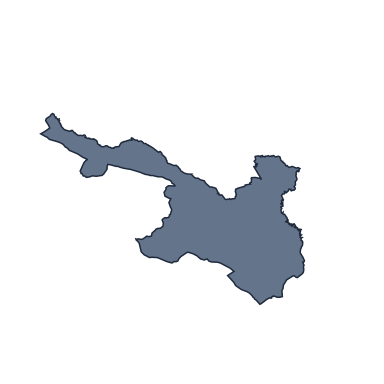 Sumbawanga, Rukwa, United Republic of Tanzania, rotated 332°
{"feature_id": "72390352B27717411944051", "entity_name": "Sumbawanga", "entity_type": "district", "adm_level": 2, "iso_a3": "TZA", "parent_name": "United Republic of Tanzania", "parent_adm1": "Rukwa", "projection": "mercator", "projection_center": [31.975, -8.085], "detail": "fine", "context": "isolated", "style": "filled", "palette": "slate", "viewbox_px": 384, "rotation_deg": 332, "n_neighbors": 0, "source": "geoboundaries", "source_scale": "gbopen_adm2", "svg_char_len": 6094}
<svg xmlns="http://www.w3.org/2000/svg" viewBox="0 0 384 384"><g transform="rotate(332 192 192)"><path d="M85.7,69.6L88.9,74.6L89.6,75.1L90.8,78.6L96.5,84.1L98.8,86.6L100.6,89.4L101.3,92.9L102.5,94.6L103.3,97.7L108.9,104.6L111.9,110.1L114.7,113.7L114.7,114.3L113.6,114.2L110.5,115.3L103.1,121.0L103.1,122.5L102.7,123.5L103.5,123.9L103.5,126.8L104.7,127.5L105.6,129.5L109.1,130.7L111.5,130.9L114.9,133.2L120.4,135.1L122.4,134.7L127.3,132.2L128.2,131.3L128.7,130.0L130.6,128.1L132.9,129.8L137.1,133.8L138.7,134.6L139.8,136.1L143.0,139.1L148.6,143.4L155.3,150.1L159.1,154.6L161.0,155.9L162.8,157.8L165.0,159.0L169.0,162.5L172.9,164.8L175.0,168.0L178.0,171.2L178.7,173.2L178.5,174.9L179.6,176.5L179.9,178.5L178.8,178.2L174.5,175.6L173.0,175.5L171.1,176.0L171.2,176.3L169.7,177.9L167.2,179.1L166.2,183.1L169.2,187.2L170.1,187.9L166.6,190.6L165.9,195.2L165.9,197.6L165.6,198.3L162.5,201.5L161.3,201.6L160.7,202.7L159.4,203.4L157.6,202.9L155.8,201.9L152.9,202.3L152.5,202.7L152.1,205.9L150.4,208.5L147.0,209.2L145.1,208.2L142.8,207.9L141.4,208.6L137.4,209.5L135.5,211.9L132.4,210.9L131.5,209.8L130.8,209.7L129.0,210.2L125.5,210.4L122.3,208.0L120.8,207.7L120.4,207.2L120.2,208.2L121.0,210.2L121.3,212.6L119.1,220.9L120.3,225.0L123.7,229.9L126.1,230.9L130.7,233.7L137.2,241.7L141.0,245.3L143.6,245.0L144.9,245.9L146.9,246.3L149.3,244.7L151.8,243.8L159.5,243.0L161.1,244.1L163.9,247.0L166.4,250.6L168.1,255.1L170.9,257.8L173.9,258.2L174.5,260.9L176.3,262.9L181.2,265.7L183.6,267.9L189.8,277.0L191.8,281.8L184.2,282.5L186.5,291.4L186.6,295.1L189.8,301.3L194.0,306.1L195.2,308.2L196.3,311.3L196.5,313.5L197.1,314.6L197.0,315.9L197.9,317.6L199.2,323.0L200.5,323.1L207.0,322.0L209.9,321.8L210.9,322.0L211.8,322.8L212.5,323.0L213.3,322.0L214.5,322.0L214.8,322.4L215.3,322.2L216.5,323.3L217.5,324.7L220.0,326.1L222.7,326.8L225.0,321.4L227.2,319.8L228.9,317.2L234.4,314.0L242.1,313.5L243.1,314.3L243.8,316.1L244.8,317.0L250.9,316.0L252.6,315.2L254.3,313.0L255.4,310.1L256.6,309.2L256.6,307.4L257.0,306.7L256.9,305.9L258.3,306.2L259.0,305.5L259.3,301.9L259.0,296.3L261.1,293.4L262.3,292.6L263.0,291.7L264.1,291.3L265.4,289.8L265.5,289.0L266.2,288.5L266.4,287.0L265.6,286.0L266.5,284.2L267.8,283.9L267.1,283.4L266.6,283.7L266.2,282.8L266.9,281.7L268.2,281.4L267.7,281.1L267.1,281.3L266.9,280.4L268.0,280.1L267.5,279.4L267.7,278.8L268.4,278.7L270.1,276.7L270.8,276.4L270.6,276.0L269.7,275.9L268.5,276.6L268.1,276.4L267.9,275.7L268.8,274.9L267.8,274.4L267.7,274.0L268.3,273.3L267.8,272.3L266.7,272.2L265.9,271.2L266.3,271.1L267.1,271.7L267.4,271.3L267.5,269.5L266.9,268.7L267.2,268.1L265.9,267.8L265.2,269.2L264.2,269.1L264.3,268.6L264.8,268.7L264.8,266.9L263.7,266.3L263.2,267.1L262.5,266.2L262.6,265.6L263.2,265.2L262.1,263.7L263.1,263.0L263.3,262.5L261.9,263.2L261.0,262.7L261.0,262.2L262.0,262.4L263.4,260.9L263.8,258.8L263.2,257.6L263.5,257.0L263.3,255.2L262.5,254.9L262.1,254.1L262.9,252.7L261.8,253.1L261.2,252.5L262.2,249.5L263.6,248.7L263.3,247.0L263.8,246.8L265.5,247.2L265.9,246.8L266.2,245.9L265.1,245.0L265.0,244.0L265.6,243.8L266.5,244.8L266.9,244.6L267.1,244.1L266.3,243.6L267.1,241.4L268.2,241.4L268.3,242.4L269.0,241.9L269.3,237.2L271.5,236.3L272.5,237.0L273.2,236.6L273.9,235.0L274.4,235.4L274.8,236.9L277.7,236.2L278.8,235.0L280.4,236.0L280.0,236.5L280.2,237.6L281.9,237.8L282.9,238.3L284.2,238.0L285.0,236.9L284.7,235.1L286.7,234.3L288.1,231.3L289.7,230.8L290.8,229.9L291.4,226.2L292.1,225.8L293.0,223.7L294.4,222.7L295.0,222.8L295.3,224.0L296.0,224.0L296.5,223.6L297.0,222.4L298.3,222.1L297.3,220.4L295.3,219.8L292.5,216.5L289.1,215.8L288.3,213.2L287.6,213.3L287.2,212.4L287.2,210.1L286.1,208.7L286.5,207.6L285.7,207.0L285.4,205.7L286.1,202.2L284.9,200.9L282.1,200.2L281.2,198.1L279.5,197.7L279.2,198.0L279.0,197.4L277.1,197.0L276.4,195.7L275.1,195.8L274.2,195.0L273.5,195.1L273.3,194.9L272.7,195.2L272.2,194.4L271.1,194.0L270.9,193.5L271.3,193.4L271.3,192.9L269.7,192.5L269.1,193.3L268.0,191.5L264.8,190.3L264.2,190.5L263.7,192.8L263.2,193.4L261.4,194.0L261.6,196.2L262.9,198.0L262.4,198.5L261.6,197.8L260.9,197.7L260.7,198.5L261.1,199.5L260.7,199.9L259.0,198.9L258.5,198.0L259.3,213.6L258.4,211.9L254.9,209.0L251.3,207.3L250.6,207.8L250.6,208.5L248.8,211.3L247.4,211.1L247.0,211.6L247.2,212.4L242.2,210.8L241.6,211.6L240.6,211.6L234.4,210.2L231.7,210.1L231.4,211.0L230.5,211.8L230.0,215.1L229.4,215.2L229.1,216.3L228.0,216.5L226.9,217.9L225.1,217.4L224.4,216.8L222.7,216.8L222.2,215.6L221.4,215.7L220.3,215.1L218.9,214.8L217.9,214.0L217.0,208.6L215.3,208.0L215.4,207.4L214.5,206.9L215.1,205.7L213.9,205.2L214.8,204.4L214.8,199.9L211.8,196.8L210.2,196.1L208.2,190.7L208.1,187.9L205.1,185.1L203.8,182.6L202.2,181.8L201.0,180.5L199.7,175.9L198.8,175.7L199.4,175.7L196.6,174.1L194.1,171.8L192.0,167.9L192.1,165.7L191.5,164.3L191.6,163.4L190.6,161.0L188.2,160.0L186.5,157.7L184.1,155.2L184.0,152.9L184.5,152.6L184.4,151.0L184.8,149.9L184.3,147.8L183.2,145.0L183.5,143.7L183.0,141.4L182.4,141.1L181.1,141.3L178.1,134.6L176.1,131.2L175.6,131.0L175.3,129.7L174.8,129.6L173.9,127.5L172.3,126.7L171.8,124.6L171.6,124.6L171.6,124.2L170.9,123.0L168.4,122.2L168.0,120.4L166.6,119.9L165.0,117.5L164.9,116.7L163.9,115.8L163.5,116.0L163.2,118.0L161.1,116.6L159.8,116.7L159.0,116.2L157.5,116.2L155.4,115.5L154.4,115.7L154.0,115.3L152.1,115.5L148.9,117.6L145.6,116.2L144.3,116.2L143.8,116.6L143.2,116.0L142.7,116.3L141.7,115.7L140.7,114.0L139.7,113.6L138.7,111.3L137.6,110.7L136.0,110.7L133.9,109.9L132.7,108.3L132.3,107.2L132.6,107.2L131.3,105.4L132.0,102.1L130.4,99.2L129.9,99.3L129.9,98.9L129.4,98.9L128.6,98.2L127.1,97.6L127.0,96.8L126.4,96.5L126.3,96.0L125.7,96.1L124.5,95.3L124.3,93.9L123.2,93.8L123.1,93.5L124.3,92.0L123.6,91.0L121.5,90.8L120.3,89.7L118.1,88.7L116.8,86.2L116.6,85.0L115.8,84.3L115.6,82.5L115.0,81.2L114.3,81.5L113.6,80.9L112.5,81.0L108.6,77.1L107.4,72.8L107.9,71.8L107.5,70.2L107.9,69.9L107.6,67.5L107.8,66.9L108.5,66.8L108.5,65.7L108.9,65.2L107.5,65.1L107.7,64.3L106.6,62.9L107.1,62.1L106.5,61.8L106.3,59.8L106.6,58.6L105.6,57.2L103.7,57.6L102.4,58.4L97.9,58.8L96.6,59.8L96.2,60.6L96.7,65.9L96.4,68.8L89.9,69.5L85.7,69.6Z" fill="#64748b" stroke="#1e293b" stroke-width="1.5"/></g></svg>